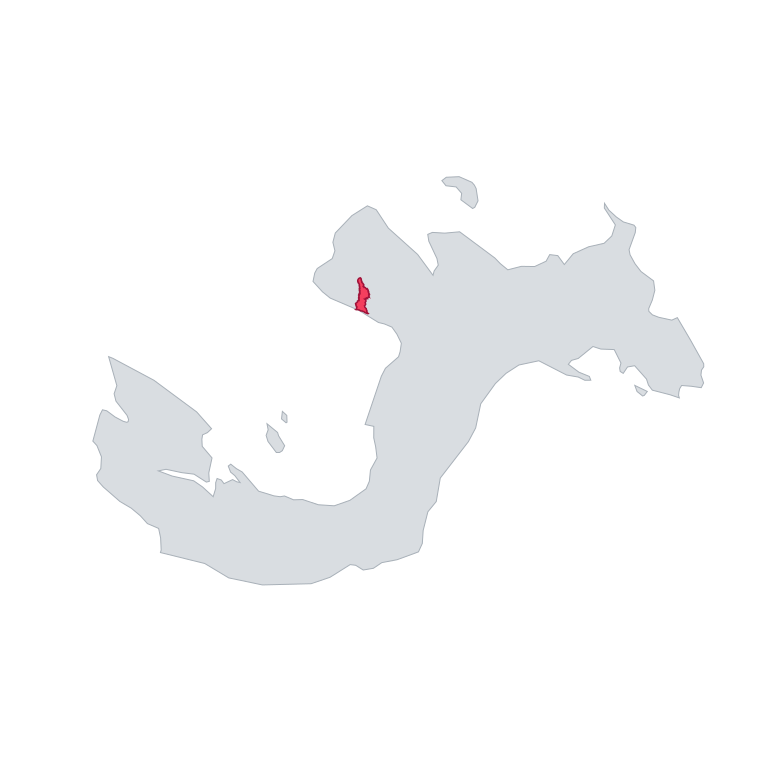 Guararé, Los Santos, Panama shown in context, rotated 150°
{"feature_id": "35544464B687818134367", "entity_name": "Guararé", "entity_type": "district", "adm_level": 2, "iso_a3": "PAN", "parent_name": "Panama", "parent_adm1": "Los Santos", "projection": "equal_earth", "projection_center": [-80.366, 7.776], "detail": "fine", "context": "in_parent", "style": "filled", "palette": "rose", "viewbox_px": 768, "rotation_deg": 150, "n_neighbors": 0, "source": "geoboundaries", "source_scale": "gbopen_adm2", "svg_char_len": 7343}
<svg xmlns="http://www.w3.org/2000/svg" viewBox="0 0 768 768"><g transform="rotate(150 384 384)"><path d="M661.9,349.8L660.0,351.6L654.4,362.4L651.4,371.6L658.7,381.4L660.9,391.7L665.0,402.9L671.4,414.2L678.6,435.2L680.3,443.6L678.3,449.1L671.5,452.4L665.1,462.2L663.4,474.2L664.7,480.1L645.6,499.2L640.7,502.4L637.5,499.4L633.4,489.9L628.5,482.1L625.9,479.4L624.4,479.3L622.9,481.1L622.2,485.3L624.7,503.2L622.6,510.5L616.2,516.1L608.8,545.4L605.9,541.7L581.4,502.3L560.2,453.5L555.7,431.5L561.2,430.2L566.5,430.7L569.3,427.3L572.6,420.9L569.9,406.0L580.2,394.6L584.0,387.0L586.9,387.9L593.6,400.9L603.4,408.3L615.4,419.1L622.9,421.6L613.5,410.2L597.2,395.3L592.6,385.5L588.3,371.8L582.0,377.7L579.1,382.7L575.8,385.6L572.9,382.2L572.4,377.7L562.9,376.9L560.4,372.9L557.9,370.6L559.0,379.2L560.9,384.4L559.9,390.8L556.8,391.2L554.2,384.6L550.8,378.7L546.2,353.9L535.3,342.2L530.3,338.3L526.2,336.8L520.2,328.9L512.2,324.6L501.3,312.3L488.0,303.4L471.7,300.3L451.9,302.2L445.3,307.1L440.8,313.4L438.7,316.3L427.0,323.4L422.6,333.8L419.8,342.5L414.0,352.4L420.6,358.4L382.5,392.0L374.9,396.9L357.8,400.3L353.9,403.9L348.6,410.6L347.9,420.7L348.7,429.3L353.7,435.9L358.1,440.1L368.8,460.1L387.7,485.4L391.2,494.6L394.2,508.3L388.5,514.7L384.1,517.4L366.1,518.5L359.9,523.9L357.4,532.3L350.7,539.1L327.5,545.9L309.3,546.6L303.6,538.8L302.3,516.8L290.1,479.4L287.2,453.6L284.1,456.8L277.6,459.8L275.4,466.2L273.8,485.2L271.3,491.7L266.3,491.1L256.0,484.3L242.4,478.0L225.0,437.7L223.1,430.1L219.7,421.0L206.2,417.2L194.8,410.4L182.2,409.3L175.8,413.2L169.3,408.3L168.1,397.3L155.0,402.2L138.1,400.5L123.0,395.8L112.7,398.3L104.1,406.1L105.2,426.2L102.7,430.2L102.3,422.0L99.3,412.5L95.7,404.7L88.1,396.6L87.7,393.6L90.7,389.5L104.6,377.8L106.3,372.9L106.5,362.7L105.2,352.9L99.0,338.5L102.6,329.7L109.7,322.5L117.1,316.9L118.3,314.5L117.0,309.7L112.7,304.4L102.8,295.4L96.8,294.8L96.6,269.0L97.0,241.7L98.5,239.0L102.1,237.3L105.1,233.2L106.7,225.1L111.1,222.2L119.0,228.4L127.0,233.9L130.3,232.1L132.8,229.4L134.6,226.8L135.2,224.3L141.6,231.6L154.7,244.5L155.5,250.9L154.2,257.0L157.8,274.5L164.6,277.0L171.5,273.6L173.2,276.8L171.9,280.1L168.3,283.7L167.4,298.7L178.7,305.8L184.3,312.0L203.0,309.0L209.8,310.7L214.5,308.9L209.3,296.8L202.4,287.9L203.0,283.9L208.2,286.8L212.3,292.9L221.4,300.5L238.3,326.7L257.7,333.0L273.0,332.2L287.3,328.7L310.1,318.5L326.6,300.1L339.7,291.9L382.3,274.4L397.5,256.1L403.8,253.7L409.9,251.4L423.3,237.6L430.5,226.8L438.1,221.4L460.6,225.3L475.2,230.4L485.3,229.7L495.0,233.3L499.2,241.2L503.6,244.5L527.4,243.6L547.0,247.5L589.8,270.8L615.4,293.7L629.0,318.2L661.9,349.8ZM232.2,531.2L226.7,531.9L215.3,526.0L207.0,514.7L206.3,511.0L206.5,507.2L211.0,495.6L217.1,491.6L219.5,491.7L225.3,505.1L221.4,510.3L223.0,518.6L231.2,524.7L232.2,531.2ZM507.2,402.3L505.2,408.1L500.4,395.2L501.2,391.9L500.9,380.2L505.4,377.1L508.7,376.9L511.5,378.5L513.2,392.2L511.8,398.4L507.2,402.3ZM168.6,251.0L167.5,257.4L159.7,245.9L164.3,244.0L166.0,244.3L168.6,251.0ZM490.2,405.0L485.7,411.1L483.9,405.4L487.1,399.4L488.2,399.4L490.2,405.0Z" fill="#d9dde1" stroke="#a8b0b8" stroke-width="1"/><path d="M371.1,462.5L371.0,462.4L370.9,462.5L370.7,462.5L370.6,462.4L370.5,462.5L370.4,462.5L370.3,462.3L370.1,462.1L370.5,462.3L370.8,462.4L370.6,462.2L369.9,461.8L369.8,461.7L369.4,461.4L368.6,460.6L368.4,460.4L368.1,459.9L367.9,459.5L367.6,459.1L367.5,458.9L367.2,458.7L366.8,458.3L366.5,458.1L366.4,458.1L366.1,457.7L365.6,457.1L365.2,456.5L365.1,456.3L365.0,455.9L364.9,455.9L364.8,455.6L364.3,454.7L363.8,454.2L363.5,453.7L363.2,453.5L363.0,453.1L362.6,453.0L362.5,452.9L362.4,452.9L362.5,453.1L362.7,453.4L362.7,453.5L362.8,453.6L362.8,453.8L362.7,454.1L362.7,454.4L362.8,454.5L362.8,454.8L362.8,455.2L362.7,455.2L362.6,455.3L362.5,455.5L362.4,455.5L362.2,455.8L362.1,456.3L362.1,456.9L362.0,457.3L362.0,457.5L361.9,457.7L361.8,457.9L361.7,458.1L362.2,460.0L361.8,461.5L361.7,461.5L361.6,461.4L361.2,461.7L360.9,461.7L360.6,461.8L360.3,462.0L360.1,462.1L360.0,462.5L359.8,463.0L359.7,463.1L359.7,463.5L359.6,463.9L359.5,464.1L359.4,464.1L358.2,464.7L357.7,466.1L358.1,466.9L357.9,466.8L357.9,467.0L357.7,467.1L357.5,466.9L357.4,467.0L357.5,467.2L357.5,467.3L357.4,467.4L357.2,467.2L356.8,467.0L356.7,466.9L356.5,466.6L356.3,466.7L356.2,466.8L356.1,466.7L355.9,466.5L355.8,466.8L355.6,466.6L355.6,466.8L355.4,466.6L355.2,466.8L354.9,466.9L354.7,466.8L354.4,466.8L354.2,467.1L353.9,467.2L353.7,467.2L353.5,466.9L353.5,467.0L353.3,467.3L353.2,467.6L352.9,467.6L352.9,467.8L352.8,468.2L352.8,468.7L352.7,468.9L352.3,468.8L352.2,468.8L352.0,468.6L351.9,468.6L351.7,468.9L351.7,469.0L351.7,469.4L351.7,469.5L351.9,469.5L351.8,469.8L351.9,470.0L351.7,470.2L351.7,470.7L351.5,470.9L351.4,471.1L351.5,471.3L351.2,471.4L351.1,471.6L351.1,471.9L351.1,472.1L351.3,472.2L351.4,472.3L351.3,472.5L351.2,472.5L350.9,472.8L350.9,473.0L351.0,473.4L351.0,473.5L350.8,473.9L350.7,474.0L350.9,474.6L350.9,474.9L350.9,475.0L351.1,475.0L351.3,474.9L351.4,475.1L351.7,475.1L351.7,475.3L351.6,475.5L351.8,475.9L351.8,476.0L352.0,476.6L352.0,476.8L352.3,477.2L352.5,477.4L352.6,477.7L352.7,477.8L352.8,477.8L352.7,478.0L352.9,478.2L353.1,478.5L352.9,478.5L353.0,478.7L352.9,479.1L352.7,479.1L352.7,479.3L352.3,479.5L352.2,479.6L352.2,479.8L351.8,480.2L351.8,480.3L351.9,480.5L351.9,481.0L352.1,481.3L352.0,481.5L352.0,482.1L352.1,482.3L352.3,482.6L352.3,482.8L352.4,483.0L352.4,483.3L352.1,483.5L352.0,483.8L352.0,484.0L351.9,484.0L351.9,484.4L351.8,484.9L351.8,485.1L351.8,485.3L351.7,485.4L351.7,485.6L351.6,485.8L351.3,486.0L351.2,486.2L351.2,486.3L351.2,486.6L351.3,486.9L351.2,487.1L351.4,487.3L351.4,487.7L351.5,487.9L353.1,488.0L354.2,487.5L354.3,487.4L354.6,487.2L355.0,486.8L355.0,486.7L355.2,486.4L355.2,486.2L355.5,485.8L355.5,485.7L355.5,485.4L355.7,485.0L355.7,484.9L355.4,484.8L355.5,484.4L355.7,484.2L355.6,483.9L355.5,483.7L355.5,483.3L355.5,482.8L355.5,482.6L355.6,482.4L355.8,482.3L355.8,482.2L355.9,481.9L356.1,481.9L356.2,481.6L356.3,481.4L356.3,481.1L356.3,480.7L356.6,480.6L356.6,480.4L356.7,480.1L356.8,480.1L356.9,479.9L356.9,479.6L357.1,479.4L357.0,479.1L357.4,479.1L357.6,479.1L357.7,478.8L357.7,478.6L357.8,478.4L357.8,478.2L357.9,477.9L358.0,478.0L358.2,477.9L358.3,477.9L358.4,477.7L358.2,477.2L358.3,477.0L358.2,476.9L358.3,476.8L358.4,476.6L358.5,476.4L358.6,476.2L358.8,476.3L358.8,476.2L358.9,475.7L359.0,475.5L359.1,475.3L359.3,475.4L359.6,475.0L359.6,474.8L359.8,474.9L359.9,474.6L359.8,474.3L359.9,474.1L360.0,474.0L360.3,474.2L360.3,473.9L360.6,473.7L360.8,473.8L360.8,474.0L361.0,474.0L361.2,473.9L361.3,473.9L361.4,473.7L361.5,473.6L361.4,473.5L361.3,473.3L361.3,473.0L361.5,472.8L361.9,472.4L362.0,472.4L362.2,472.2L362.4,471.9L362.6,471.8L362.8,471.5L362.8,471.4L362.7,471.4L362.4,471.2L362.5,471.0L362.8,470.9L363.0,470.8L363.2,470.6L363.5,470.4L363.4,470.0L363.3,469.9L363.2,469.9L363.3,469.7L363.5,469.6L363.6,469.4L363.7,469.0L363.9,468.9L364.0,468.8L364.3,469.1L364.5,469.0L364.9,469.0L365.1,469.1L365.3,469.1L365.5,469.1L365.8,468.7L366.0,468.3L366.7,468.1L368.3,468.0L368.4,467.9L368.5,467.8L368.5,467.6L368.7,467.1L368.5,466.8L368.6,466.6L368.7,466.4L368.8,466.3L368.8,466.2L369.0,466.1L369.2,465.6L368.9,464.7L368.9,464.3L369.0,464.2L369.2,463.9L369.5,463.9L369.7,463.6L369.8,463.4L369.9,463.2L370.1,463.1L370.4,462.6L370.9,462.5L371.1,462.5Z" fill="#f43f5e" stroke="#9f1239" stroke-width="1.5"/></g></svg>